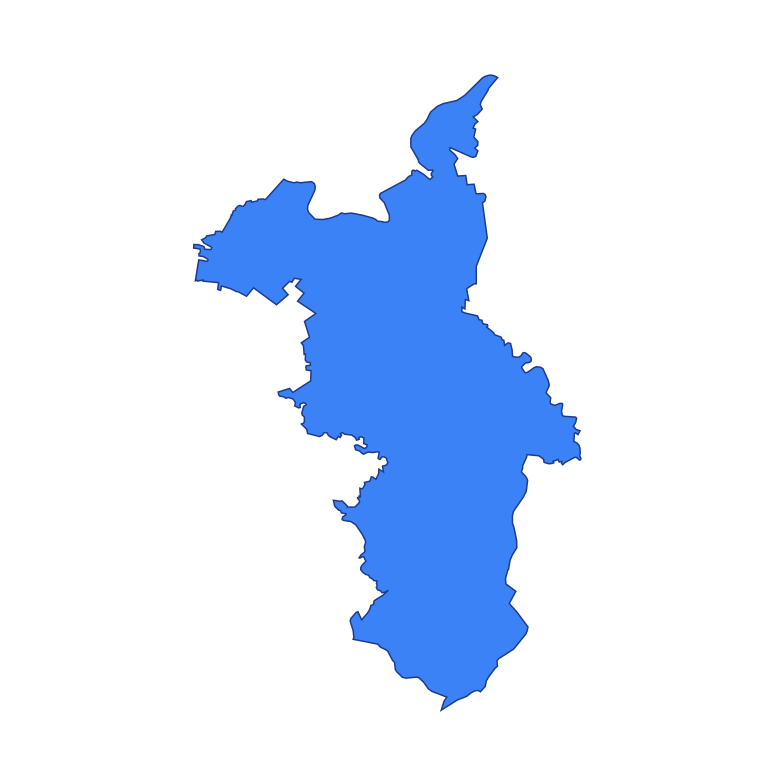 Quoc Oai, Ha Noi, Vietnam (Robinson projection), rotated 276°
{"feature_id": "81297802B41330613652559", "entity_name": "Quoc Oai", "entity_type": "district", "adm_level": 2, "iso_a3": "VNM", "parent_name": "Vietnam", "parent_adm1": "Ha Noi", "projection": "robinson", "projection_center": [105.6, 20.978], "detail": "fine", "context": "isolated", "style": "filled", "palette": "blue", "viewbox_px": 768, "rotation_deg": 276, "n_neighbors": 0, "source": "geoboundaries", "source_scale": "gbopen_adm2", "svg_char_len": 6152}
<svg xmlns="http://www.w3.org/2000/svg" viewBox="0 0 768 768"><g transform="rotate(276 384 384)"><path d="M700.6,465.0L701.9,461.9L702.4,458.7L702.0,456.0L700.3,452.0L698.7,449.9L679.5,434.1L673.5,426.7L669.0,413.5L665.7,408.0L659.3,401.9L651.8,399.2L647.7,397.0L639.0,388.7L634.2,385.9L630.9,385.0L622.5,386.0L611.0,394.4L608.5,395.3L607.2,396.5L601.2,405.6L601.8,410.0L601.3,410.5L598.1,409.0L596.6,409.3L594.9,410.8L592.1,408.2L596.8,401.2L600.0,394.3L599.0,392.8L599.8,391.4L599.6,390.3L598.6,389.5L594.7,389.8L592.9,386.7L589.0,383.9L573.2,360.6L571.3,359.8L568.7,360.4L564.4,365.3L552.6,371.6L547.3,372.2L545.5,370.8L544.9,367.8L545.4,364.1L545.2,360.5L546.7,358.7L547.9,355.4L549.7,344.3L550.6,333.5L549.2,327.3L549.7,323.7L547.2,321.0L543.3,313.1L541.2,306.1L540.7,298.2L546.6,291.2L549.8,289.7L553.3,289.5L569.5,295.0L573.1,295.0L576.1,293.7L577.7,290.8L575.4,279.8L575.7,276.7L574.7,273.1L575.6,266.8L577.2,262.9L555.0,246.8L555.4,244.2L554.5,239.4L552.8,238.9L551.0,233.3L552.5,232.7L551.0,228.1L548.0,227.0L546.1,225.4L545.8,224.3L546.6,222.1L545.5,220.0L542.7,217.9L541.4,218.2L540.2,216.0L536.1,215.2L536.2,214.5L532.7,213.8L518.0,207.1L518.8,205.1L518.2,200.6L515.0,200.1L512.7,192.1L510.8,191.3L508.3,187.5L505.4,190.2L501.9,198.5L499.6,197.8L499.3,191.7L501.9,190.5L503.2,184.5L502.8,180.3L499.3,180.5L499.0,186.8L497.3,187.5L495.1,187.3L494.3,186.3L492.1,186.6L491.9,191.1L489.7,195.6L488.7,196.1L487.5,195.1L488.1,186.8L466.9,185.6L467.6,187.2L466.9,187.9L468.5,193.2L467.4,193.2L467.5,208.9L460.7,208.7L460.0,211.7L464.5,212.1L462.7,221.7L460.5,227.5L460.6,229.1L456.9,238.1L466.0,244.2L451.6,268.8L462.7,279.3L468.6,273.1L476.2,279.4L475.6,281.8L479.7,283.7L479.4,290.7L471.9,285.8L466.0,295.0L457.3,289.4L447.0,308.9L437.9,298.4L422.7,305.0L416.3,297.4L413.9,299.8L405.1,301.5L405.5,302.8L399.6,303.2L397.8,304.8L397.4,308.5L395.0,308.8L394.0,304.7L392.2,304.6L389.8,305.3L389.6,310.1L379.4,310.7L366.1,294.2L369.7,290.6L365.0,279.6L362.2,280.4L361.0,281.7L360.8,285.7L359.6,287.7L360.6,290.5L359.5,295.3L356.1,298.0L352.9,297.4L351.3,301.7L351.9,303.2L354.8,302.5L355.4,302.9L357.0,306.0L356.4,308.2L355.3,308.8L353.3,306.4L346.7,305.3L344.5,306.0L343.0,308.2L338.1,308.7L336.8,308.2L335.5,306.0L330.9,311.9L326.8,313.2L325.0,325.5L326.5,327.9L329.4,329.7L329.5,331.1L329.3,332.6L327.1,334.0L325.7,336.4L323.6,342.3L327.2,344.1L326.2,345.9L328.8,347.2L330.0,345.8L331.4,347.6L329.9,350.1L329.9,357.0L328.0,360.8L325.3,362.6L326.4,365.2L327.9,364.4L329.2,366.8L328.1,369.7L322.6,370.0L321.7,373.6L319.9,373.5L318.7,372.8L317.8,371.2L320.5,364.8L320.5,362.4L319.3,361.1L315.7,362.6L314.8,366.9L312.9,369.1L312.1,371.1L314.7,375.3L314.6,379.9L315.8,383.9L315.7,386.4L309.3,385.9L308.6,387.5L308.9,388.2L311.3,389.5L311.6,391.7L310.4,394.4L309.0,394.5L306.4,396.0L303.8,395.1L302.1,391.1L296.4,392.7L298.8,387.8L294.5,388.1L288.3,385.9L290.2,382.7L290.3,381.1L285.9,380.1L284.1,374.9L281.7,375.5L278.5,374.0L277.5,373.1L277.8,370.9L269.8,372.2L269.3,372.1L269.9,371.0L268.5,370.9L268.3,369.6L267.7,369.6L265.6,371.7L263.8,372.0L258.6,368.0L257.7,360.5L258.7,360.4L263.4,354.6L262.8,352.3L263.1,345.8L257.7,347.6L256.6,348.6L253.8,352.1L253.4,354.2L251.4,355.0L250.9,359.8L249.5,359.4L247.5,356.8L244.8,356.5L244.1,358.2L243.7,365.6L241.0,370.7L232.7,377.7L226.8,381.6L224.5,382.3L220.1,381.4L216.0,382.5L214.7,382.1L211.9,379.2L208.5,377.4L208.3,378.2L209.9,380.5L210.1,381.9L205.9,384.5L201.3,381.0L199.2,380.1L196.8,380.3L194.3,382.9L192.7,385.7L192.2,388.8L190.1,389.9L189.5,391.8L187.4,394.6L187.3,397.8L184.9,397.3L183.0,398.3L180.8,397.6L178.7,399.1L177.8,402.4L176.2,403.8L177.0,406.7L179.3,409.9L174.0,405.2L167.5,396.9L163.7,396.6L162.4,394.1L158.1,393.3L154.6,391.6L147.1,386.4L154.8,381.9L154.1,380.3L147.1,375.4L144.5,375.2L135.5,379.1L128.8,380.5L126.9,380.0L124.6,405.0L122.0,407.9L119.7,414.1L118.5,415.8L110.0,421.4L108.2,423.6L101.3,425.1L99.1,426.8L94.3,432.9L93.8,436.5L95.9,447.3L95.7,449.0L91.8,454.4L85.3,460.2L83.3,463.8L79.2,479.2L74.8,476.9L65.6,475.0L77.4,489.9L82.1,498.9L86.1,503.0L88.5,506.8L89.0,509.7L88.0,512.1L93.9,516.3L99.5,516.8L103.6,518.7L113.0,524.2L115.1,526.3L120.5,525.3L122.8,526.7L133.9,540.6L150.1,551.2L153.4,552.2L157.4,552.6L171.4,539.7L178.8,531.5L191.6,536.8L197.9,526.1L203.2,525.2L212.2,526.6L212.5,527.2L221.9,527.8L227.7,529.6L235.0,533.2L242.1,532.3L254.7,528.3L258.7,526.4L266.1,525.5L270.6,526.0L286.6,534.6L292.3,536.7L303.0,536.9L304.3,536.4L306.8,534.6L310.9,529.8L314.2,530.6L317.6,530.6L325.8,533.4L328.7,533.6L328.8,545.7L325.8,550.6L322.8,551.4L321.9,556.1L322.5,559.4L323.4,561.1L325.0,560.2L325.8,562.8L327.3,564.7L324.7,566.4L325.6,568.9L323.7,568.8L322.4,570.1L325.0,572.4L330.9,581.2L331.2,582.8L328.8,586.4L329.2,587.3L330.5,587.7L333.0,586.1L335.7,586.4L340.6,585.6L343.5,584.3L345.7,581.7L346.7,578.8L355.0,578.5L355.4,579.6L353.9,582.2L358.0,583.8L358.9,579.8L361.8,576.8L366.0,578.7L370.1,579.1L371.1,578.1L370.7,566.4L371.3,564.7L375.4,563.4L382.1,563.9L383.2,563.3L383.2,561.2L380.6,556.1L381.5,552.4L382.6,551.1L387.9,551.2L391.4,546.9L392.8,546.2L399.2,548.4L401.0,548.3L405.1,546.7L415.8,540.5L417.0,538.0L417.1,533.7L415.8,531.4L410.8,525.7L410.0,523.8L410.4,522.7L414.5,519.3L415.9,519.4L419.7,522.5L420.4,525.7L421.6,527.7L423.6,528.0L426.1,527.1L429.5,522.0L429.9,520.2L429.5,518.9L426.1,517.1L424.7,515.0L424.5,511.2L425.1,508.9L431.1,507.9L437.6,505.6L437.8,502.9L435.0,499.9L440.0,498.6L440.3,497.0L442.9,495.5L444.6,488.7L446.4,487.7L451.3,480.3L452.7,481.2L453.9,480.5L454.0,477.1L454.7,475.7L457.7,474.7L457.8,471.9L461.5,469.9L463.1,457.1L464.0,453.8L468.6,453.5L467.1,456.6L476.5,456.1L475.7,459.7L487.4,456.2L493.0,463.1L493.3,465.3L510.8,463.5L539.8,471.5L574.4,463.0L576.5,465.2L581.0,465.8L583.0,464.7L583.9,463.0L582.8,455.7L592.1,452.7L590.9,445.8L599.9,443.5L598.5,435.5L609.9,430.7L615.9,433.7L619.7,430.4L623.5,424.9L626.0,425.1L619.0,446.7L618.7,448.8L619.9,451.5L625.6,453.0L628.1,449.6L631.0,452.2L634.8,452.0L639.0,447.5L647.1,448.5L647.9,445.8L652.1,447.3L654.8,449.9L658.9,444.8L661.7,448.6L667.7,452.9L672.0,450.5L675.5,451.2L686.8,456.7L688.8,457.0L700.6,465.0Z" fill="#3b82f6" stroke="#1e3a8a" stroke-width="1.5"/></g></svg>